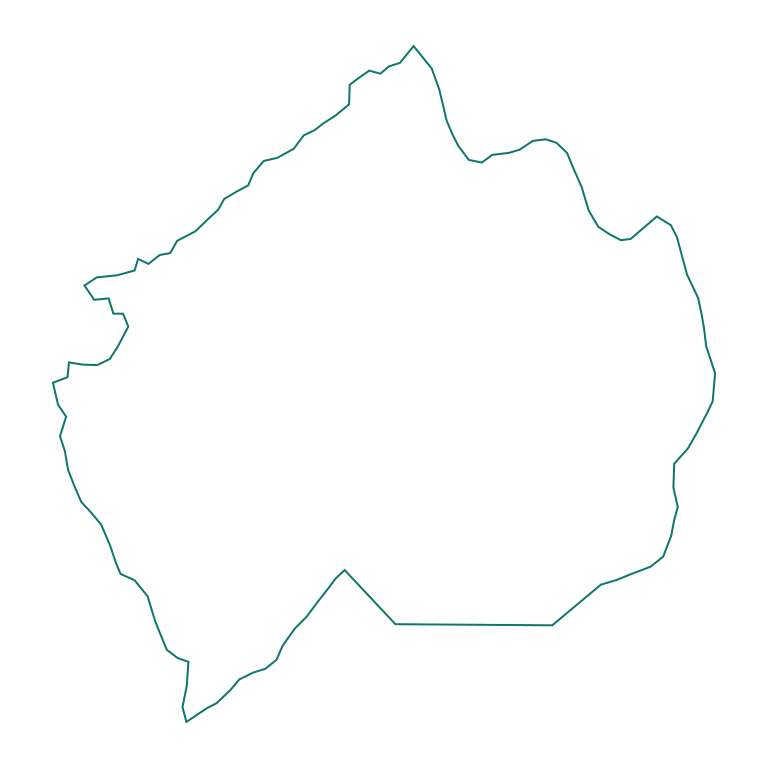 outline of Terra Roxa, São Paulo, Brazil
{"feature_id": "56859067B22989261548465", "entity_name": "Terra Roxa", "entity_type": "district", "adm_level": 2, "iso_a3": "BRA", "parent_name": "Brazil", "parent_adm1": "São Paulo", "projection": "equal_earth", "projection_center": [-48.359, -20.777], "detail": "fine", "context": "isolated", "style": "outline", "palette": "teal", "viewbox_px": 768, "rotation_deg": 0, "n_neighbors": 0, "source": "geoboundaries", "source_scale": "gbopen_adm2", "svg_char_len": 1650}
<svg xmlns="http://www.w3.org/2000/svg" viewBox="0 0 768 768"><path d="M186.4,721.9L206.4,708.5L216.6,703.2L230.6,689.8L239.2,679.5L252.9,672.7L265.5,668.7L276.5,659.8L282.6,645.8L294.7,628.7L306.7,616.6L317.7,601.8L327.9,588.9L335.3,578.9L344.6,570.0L395.4,624.2L552.3,625.3L600.8,584.7L616.5,580.0L629.5,574.7L638.5,571.3L650.7,566.6L663.2,556.6L671.3,535.5L674.2,519.9L677.8,507.0L673.4,487.6L674.2,463.8L688.0,448.3L696.4,433.6L707.6,412.0L712.7,401.2L715.1,373.2L706.2,346.4L704.1,328.7L701.5,314.0L698.2,298.2L687.0,274.5L677.0,237.3L670.9,225.2L656.8,216.5L630.7,238.9L620.9,240.2L609.5,234.2L598.3,226.8L588.7,210.5L581.8,187.5L572.6,166.5L567.1,153.0L556.5,142.8L545.9,139.3L532.8,140.9L519.8,149.6L509.2,152.8L492.2,154.9L481.9,162.5L468.8,159.9L458.2,145.7L452.7,134.9L446.6,120.6L443.3,106.4L439.2,89.3L431.7,68.5L413.6,46.1L399.9,62.9L388.9,66.4L380.3,73.7L369.3,70.6L357.7,78.7L349.7,84.8L349.1,104.3L335.5,115.6L323.4,123.3L314.7,130.1L303.7,135.4L293.7,148.8L277.4,157.8L263.9,160.9L253.3,173.1L248.2,185.4L236.8,191.5L224.2,198.9L218.2,209.7L208.5,218.6L195.4,231.3L185.8,236.3L177.1,240.8L170.3,253.1L159.7,255.0L148.5,263.9L138.1,258.9L134.6,270.5L116.9,275.3L96.7,277.4L84.5,285.5L94.1,299.8L108.6,298.4L113.4,313.7L123.0,313.7L128.3,326.6L117.9,346.4L109.8,359.0L97.3,365.1L82.6,364.6L69.0,362.4L67.5,377.2L52.9,382.7L58.0,404.6L66.1,416.7L60.0,436.2L64.9,451.2L68.1,469.9L74.1,485.4L81.2,501.8L91.6,513.1L101.2,524.7L109.9,545.0L116.0,563.1L120.5,573.9L134.6,580.3L147.6,596.3L155.2,621.3L160.7,635.0L166.8,649.8L177.4,657.9L188.4,661.9L186.8,685.6L182.5,707.2L186.4,721.9Z" fill="none" stroke="#0f766e" stroke-width="2"/></svg>